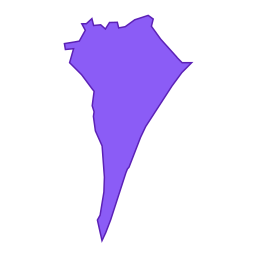 outline of New Hanover, North Carolina, United States of America
{"feature_id": "52423323B24644642941407", "entity_name": "New Hanover", "entity_type": "district", "adm_level": 2, "iso_a3": "USA", "parent_name": "United States of America", "parent_adm1": "North Carolina", "projection": "mercator", "projection_center": [-77.907, 34.159], "detail": "fine", "context": "isolated", "style": "filled", "palette": "violet", "viewbox_px": 256, "rotation_deg": 0, "n_neighbors": 0, "source": "geoboundaries", "source_scale": "gbopen_adm2", "svg_char_len": 689}
<svg xmlns="http://www.w3.org/2000/svg" viewBox="0 0 256 256"><path d="M64.4,43.6L65.4,49.5L73.6,48.7L69.6,62.7L81.6,74.7L92.1,88.8L94.1,91.3L92.2,105.8L94.1,111.8L93.4,116.4L95.4,130.9L102.1,145.9L104.4,177.2L103.9,192.0L100.1,215.2L97.4,220.0L102.0,240.6L105.7,232.7L110.7,219.7L125.9,172.7L127.4,169.0L129.0,167.2L140.6,137.2L145.7,126.5L171.9,86.1L172.1,85.8L181.8,72.6L191.6,62.7L182.1,62.7L177.0,57.5L176.8,57.1L160.7,39.2L151.4,26.3L153.2,19.0L148.2,15.4L134.7,19.8L125.2,26.7L118.7,27.9L117.3,22.3L109.5,22.5L105.4,29.0L100.7,24.8L93.6,25.5L91.9,18.6L86.4,23.7L81.8,23.8L85.3,30.3L79.3,41.1L75.4,41.8L75.0,41.9L64.4,43.6Z" fill="#8b5cf6" stroke="#5b21b6" stroke-width="1.5"/></svg>